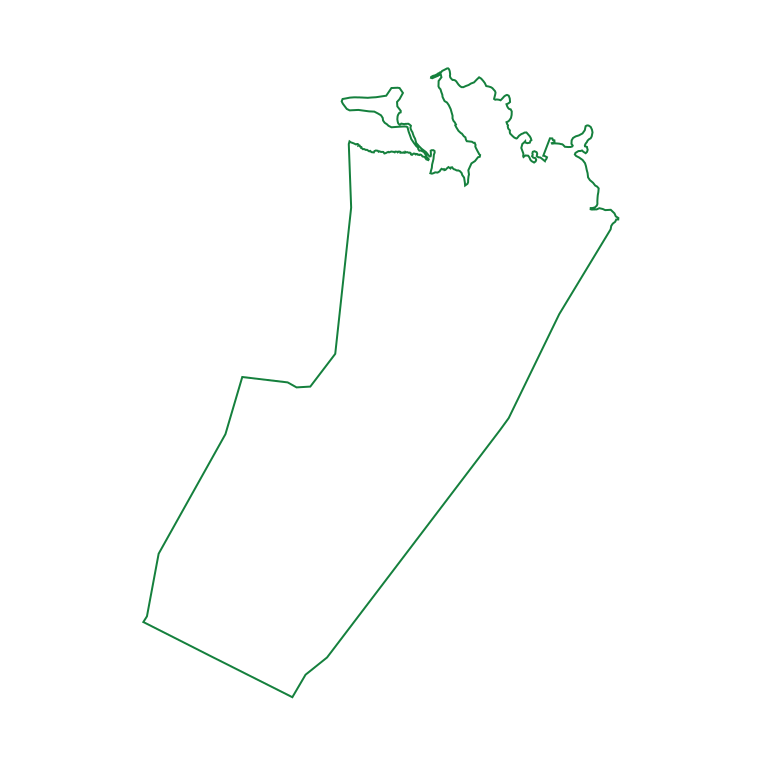 the district of Ngerusar, Airai, Palau, rotated 185°
{"feature_id": "81905179B80003657919374", "entity_name": "Ngerusar", "entity_type": "district", "adm_level": 2, "iso_a3": "PLW", "parent_name": "Palau", "parent_adm1": "Airai", "projection": "mercator", "projection_center": [134.532, 7.368], "detail": "fine", "context": "isolated", "style": "outline", "palette": "green", "viewbox_px": 768, "rotation_deg": 185, "n_neighbors": 0, "source": "geoboundaries", "source_scale": "gbopen_adm2", "svg_char_len": 6163}
<svg xmlns="http://www.w3.org/2000/svg" viewBox="0 0 768 768"><g transform="rotate(185 384 384)"><path d="M603.0,125.9L533.7,98.1L448.0,64.0L436.8,87.6L416.9,106.6L264.5,348.1L256.8,360.9L215.5,468.9L171.7,557.9L171.6,559.0L171.4,561.3L170.1,563.7L167.8,565.8L167.0,568.1L165.0,568.3L165.0,569.8L167.7,571.2L169.3,574.1L173.3,577.3L178.8,576.5L181.3,577.4L184.8,577.9L187.3,576.5L192.3,575.9L193.4,576.1L193.4,577.3L191.9,577.4L189.3,578.3L187.6,580.2L187.1,581.9L187.4,584.8L187.5,588.1L187.5,590.8L187.2,593.8L187.2,597.6L189.0,599.3L190.9,600.1L193.3,602.7L196.6,605.0L198.7,607.6L199.6,611.9L200.7,614.9L201.8,618.6L203.0,621.5L205.7,624.5L209.5,626.7L212.5,627.9L213.9,629.3L213.4,630.9L210.6,633.0L208.4,633.3L207.1,633.9L205.6,632.7L203.2,631.5L202.0,632.9L201.5,635.0L202.1,636.5L202.5,637.9L204.5,638.3L204.7,639.2L204.1,641.0L203.4,642.1L203.1,642.4L202.4,644.2L201.0,645.8L199.6,646.7L198.7,648.6L198.2,652.8L199.0,655.5L200.5,658.1L202.7,659.3L204.2,659.3L205.6,658.4L206.1,654.3L208.1,650.9L211.6,648.6L214.6,647.4L217.1,645.6L218.3,643.1L218.2,639.6L216.8,638.0L217.1,637.1L218.7,636.4L221.2,636.1L223.5,636.1L224.5,636.1L226.5,637.9L227.5,638.4L228.4,638.4L230.3,638.7L232.7,638.7L235.0,638.6L237.5,638.1L237.8,638.6L235.2,639.8L235.5,641.6L237.0,641.8L237.7,643.3L240.1,643.2L245.2,625.3L243.9,625.2L241.4,624.1L241.8,622.5L242.9,620.8L243.1,620.0L247.2,622.8L248.1,623.3L249.9,623.3L251.7,624.3L251.6,625.6L251.4,626.5L251.7,627.4L252.3,628.3L254.4,629.0L256.0,628.3L256.3,626.6L255.8,625.2L256.4,623.9L255.0,622.5L252.8,622.2L251.9,620.5L252.4,618.9L253.8,617.7L256.4,618.9L257.7,620.1L258.9,622.4L260.3,624.0L263.0,624.0L264.8,622.3L265.3,623.3L265.1,624.2L265.3,625.8L266.3,627.9L267.8,631.1L267.1,635.2L265.8,636.5L264.5,638.1L264.3,636.9L262.2,636.4L259.8,637.1L259.3,639.0L258.4,639.8L259.3,641.9L260.3,643.4L264.0,647.0L266.0,646.7L267.2,645.8L268.9,645.0L271.1,643.1L272.9,640.4L273.6,640.1L275.6,640.8L277.4,642.1L280.2,644.5L280.7,646.0L280.7,647.6L282.5,649.3L283.2,651.4L283.0,652.5L283.9,653.5L284.8,655.5L283.0,656.5L282.1,657.6L280.7,660.1L280.3,663.2L280.5,666.7L281.8,668.7L283.1,668.8L284.3,669.7L285.4,671.2L286.4,673.4L284.5,674.4L283.0,675.9L283.6,679.4L284.9,682.1L286.7,682.7L288.1,682.0L289.3,681.0L291.0,678.7L292.6,676.8L294.2,677.2L296.4,677.3L298.0,676.9L299.2,677.6L298.4,682.5L298.3,684.0L298.9,685.4L301.8,688.2L303.4,689.0L305.8,689.5L308.1,689.7L309.8,692.6L311.5,694.5L313.8,696.7L316.0,697.8L318.2,695.3L320.6,692.3L323.6,690.9L325.8,689.2L328.2,688.1L330.9,686.6L332.7,686.5L334.3,687.4L335.9,688.8L337.6,690.8L338.4,691.8L339.7,692.7L341.1,693.0L342.3,692.9L343.7,694.1L344.7,695.2L345.2,696.9L345.1,698.4L345.8,701.4L346.6,703.1L347.5,704.0L348.6,703.9L351.6,702.0L353.3,701.0L354.1,699.8L355.4,699.3L356.0,698.2L356.9,698.3L357.6,697.5L359.9,696.0L362.1,695.2L363.8,694.0L363.9,693.1L362.6,692.8L361.0,693.7L357.0,695.8L355.7,696.8L355.6,697.7L354.6,697.9L353.9,695.7L353.5,694.6L356.0,690.6L355.8,687.6L355.7,685.4L355.0,684.0L353.4,682.5L352.3,679.7L351.1,677.2L350.7,675.1L349.4,672.9L348.3,671.1L345.8,669.9L343.8,667.5L341.5,663.6L340.2,660.1L339.1,657.3L338.9,654.6L337.8,652.3L336.3,650.8L334.9,648.7L335.6,648.0L334.5,646.2L331.9,642.7L329.2,640.6L328.2,640.2L326.1,637.8L324.4,636.8L323.7,634.6L322.7,633.1L317.6,633.0L315.7,632.0L314.7,632.2L313.6,630.1L313.8,628.8L313.3,627.6L311.1,624.1L310.0,622.5L309.2,621.2L308.2,620.5L308.4,618.7L310.1,618.1L312.8,614.0L316.1,611.4L318.6,604.3L317.6,600.1L317.9,598.4L318.0,594.6L317.8,592.4L318.3,590.7L320.5,588.8L321.0,591.7L322.2,596.6L324.2,598.9L325.1,601.0L327.0,602.7L328.9,603.3L329.7,603.0L330.5,603.2L332.1,603.9L333.0,604.0L334.3,604.9L334.9,605.8L336.1,605.6L336.6,604.5L338.7,605.7L340.3,604.1L341.4,602.7L342.5,602.3L343.0,603.3L344.1,602.9L345.4,603.4L346.2,602.4L347.1,600.7L348.1,600.0L349.0,599.3L351.5,599.3L352.9,598.4L354.6,597.7L356.2,598.0L356.0,598.8L355.8,600.5L355.2,603.5L355.2,606.8L354.6,610.5L354.3,612.6L354.3,616.7L353.7,619.0L354.0,620.6L355.1,621.2L356.8,621.1L357.8,620.5L357.6,619.1L357.2,616.5L357.4,614.9L358.5,614.6L362.0,618.3L362.6,618.8L367.2,621.7L370.0,624.1L372.9,626.9L374.4,631.0L375.9,633.3L377.1,635.9L377.5,637.1L378.7,638.7L379.7,640.6L380.0,641.6L379.7,643.6L380.3,644.1L381.3,644.8L382.6,645.4L384.1,645.1L384.9,645.1L386.2,644.7L387.5,644.7L388.6,644.8L389.5,644.9L390.2,644.1L391.3,643.8L392.5,644.8L393.2,646.5L393.8,648.9L393.8,651.9L393.4,653.5L392.4,655.4L391.1,656.0L391.1,657.5L392.2,658.8L393.7,660.4L394.9,661.7L395.6,666.1L393.3,669.2L390.5,675.6L394.3,680.2L396.4,680.3L402.4,679.5L406.9,671.4L416.9,669.0L421.6,668.3L425.1,667.7L432.6,667.4L438.6,667.0L443.0,666.3L446.4,665.3L450.1,664.3L450.8,661.9L449.5,659.7L445.1,654.8L442.1,653.6L433.4,654.8L422.7,654.3L417.4,654.5L413.5,652.9L410.4,651.4L408.5,649.0L407.9,646.4L406.1,644.3L403.7,643.0L402.0,641.6L398.9,640.4L391.6,641.6L386.4,642.3L384.3,642.4L383.0,641.9L381.4,637.4L379.7,633.8L378.2,630.4L375.2,626.7L372.6,623.8L370.8,622.5L370.2,620.7L369.1,619.5L367.6,619.8L364.4,618.5L362.5,616.0L361.7,615.0L361.8,614.4L359.0,611.8L359.4,610.9L361.5,611.5L361.8,612.2L362.4,612.6L363.2,613.8L365.4,614.0L366.8,615.4L367.7,615.7L368.2,615.7L368.6,615.2L370.4,615.4L370.6,615.9L371.2,616.0L372.3,616.0L372.5,615.5L373.8,616.2L374.7,616.1L376.1,614.7L377.2,615.1L377.4,616.1L378.5,616.8L379.3,616.5L381.2,617.0L382.3,616.6L383.1,617.1L383.4,616.2L384.1,616.0L384.7,616.5L386.2,615.9L386.9,616.1L387.8,615.8L388.1,616.7L389.4,616.9L390.5,616.0L390.9,616.5L393.0,616.5L393.5,615.7L394.8,616.1L397.0,616.2L399.2,615.2L399.8,615.6L400.8,615.2L402.3,614.2L403.7,613.7L404.9,615.1L406.0,615.1L407.1,614.9L408.8,615.4L409.6,614.9L410.5,615.8L412.5,615.9L413.8,615.2L414.3,613.8L416.7,613.9L418.1,615.0L419.0,614.5L421.4,615.8L422.5,615.6L424.3,616.3L425.5,616.1L426.1,616.7L427.3,617.1L427.3,618.1L428.7,618.5L429.0,619.4L429.6,619.6L430.4,619.2L430.4,620.2L431.1,620.8L431.9,620.7L432.8,620.2L434.9,621.0L436.6,621.5L438.0,621.8L439.5,622.7L440.0,620.0L432.1,556.9L435.2,409.8L440.5,401.4L457.2,375.0L470.8,373.0L480.1,377.2L525.8,378.6L537.6,320.2L593.7,195.3L599.9,131.9L603.0,125.9Z" fill="none" stroke="#15803d" stroke-width="2"/></g></svg>